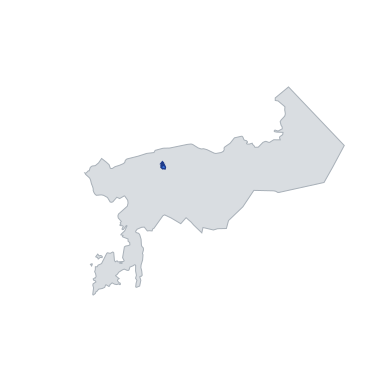 Kagan city, Bukhoro, Uzbekistan (highlighted), rotated 131°
{"feature_id": "79887680B25452666066533", "entity_name": "Kagan city", "entity_type": "district", "adm_level": 2, "iso_a3": "UZB", "parent_name": "Uzbekistan", "parent_adm1": "Bukhoro", "projection": "albers", "projection_center": [64.532, 39.692], "detail": "fine", "context": "in_parent", "style": "filled", "palette": "blue", "viewbox_px": 384, "rotation_deg": 131, "n_neighbors": 0, "source": "geoboundaries", "source_scale": "gbopen_adm2", "svg_char_len": 4335}
<svg xmlns="http://www.w3.org/2000/svg" viewBox="0 0 384 384"><g transform="rotate(131 192 192)"><path d="M292.2,172.7L297.3,169.8L300.3,171.3L300.6,172.2L297.6,174.3L294.8,175.6L294.1,178.0L291.3,179.3L288.6,182.8L284.3,186.4L284.3,187.1L284.7,187.7L286.2,188.0L289.4,189.6L292.2,188.4L292.9,188.6L293.7,189.6L294.7,192.6L296.1,193.3L300.3,194.6L303.5,194.4L305.1,194.9L305.3,194.6L305.2,190.1L306.5,190.7L307.9,190.0L308.3,187.7L307.9,186.3L308.9,185.4L309.4,185.9L309.6,187.2L311.2,188.0L312.4,190.1L313.0,192.7L315.9,193.1L316.9,192.5L317.8,192.8L318.4,196.0L318.9,196.2L321.3,195.3L323.8,196.5L326.6,198.7L329.4,198.6L330.1,199.0L332.1,198.4L334.5,198.9L334.6,199.3L334.3,199.8L328.9,203.4L327.5,205.6L326.3,206.4L322.9,205.5L322.4,206.8L323.1,208.0L322.5,209.5L320.7,209.1L320.3,208.5L318.6,209.0L316.8,211.3L316.0,213.2L314.2,213.9L311.8,215.9L310.6,214.5L308.8,214.9L306.2,213.6L305.0,213.4L294.2,216.1L293.3,215.9L292.0,213.5L289.2,212.4L289.2,211.2L294.5,205.7L295.0,204.1L293.1,203.4L293.3,202.0L289.4,198.2L288.8,198.0L288.3,198.2L287.1,201.3L277.8,207.0L276.3,206.6L274.1,204.8L272.6,204.2L271.0,205.9L271.1,207.9L269.4,209.5L271.3,214.7L271.2,215.4L270.0,215.6L271.0,217.6L270.2,217.8L265.5,217.3L260.2,218.8L260.4,219.6L265.2,219.2L265.9,219.6L266.0,220.2L265.8,220.6L263.2,221.2L263.0,222.1L264.5,224.3L263.9,224.9L262.9,224.5L262.3,226.0L260.6,226.0L260.0,230.6L258.7,232.2L256.9,233.0L245.2,231.5L242.3,233.0L240.4,235.1L239.2,240.0L239.4,240.6L244.4,242.3L245.3,245.3L251.3,245.3L252.3,245.8L252.9,246.5L253.2,247.3L251.6,252.2L252.5,256.5L253.6,258.5L257.3,262.1L257.2,264.2L256.5,266.1L255.5,267.8L254.5,268.5L253.1,270.6L251.8,273.2L249.4,276.6L248.6,278.5L248.5,283.8L247.9,285.4L247.7,284.8L246.8,284.3L244.1,284.2L243.5,283.5L240.1,284.9L237.9,284.4L235.6,282.3L231.4,281.6L226.0,282.2L225.7,276.7L225.8,272.5L227.6,269.3L227.5,268.7L226.6,267.6L223.4,266.7L219.5,264.3L216.0,262.6L214.0,262.1L211.8,263.1L209.8,262.8L200.5,256.3L192.6,251.5L187.2,246.6L184.7,247.1L177.9,242.5L173.5,237.7L159.2,226.8L156.4,224.2L155.7,222.8L154.7,216.3L153.5,213.3L151.7,211.6L150.2,208.4L148.1,200.7L147.3,199.3L143.1,195.9L140.7,195.0L138.8,195.5L137.8,196.7L136.4,196.8L130.2,195.2L123.3,195.5L117.5,191.3L117.1,190.7L117.2,189.6L118.5,187.1L118.3,186.0L117.6,184.7L117.6,183.4L118.2,182.7L119.3,183.0L119.7,182.5L119.6,181.8L118.3,180.2L115.7,178.6L116.3,177.6L116.5,175.1L117.0,173.8L116.6,173.4L114.7,171.4L108.0,171.0L106.5,170.3L105.3,169.5L104.2,166.7L103.6,166.0L99.0,164.6L94.7,159.6L93.6,161.6L92.7,162.0L89.2,161.2L87.3,162.4L91.3,167.5L92.2,169.1L92.1,170.0L90.8,170.0L89.8,167.6L89.2,166.9L85.1,165.3L83.7,166.7L83.2,168.5L81.1,171.6L79.0,172.0L74.0,171.8L72.5,172.4L71.4,173.2L69.3,175.8L66.7,177.8L66.8,186.8L68.3,189.2L66.4,190.9L49.4,188.1L57.0,107.6L81.1,102.1L98.2,98.6L135.3,126.1L136.1,127.1L136.5,129.3L137.5,131.1L150.2,146.4L169.8,143.9L189.6,145.7L197.0,142.1L202.9,148.6L206.6,150.9L211.6,160.4L216.4,157.8L215.8,169.3L215.3,172.8L215.3,179.6L223.3,179.7L225.3,190.7L227.2,197.6L229.0,198.4L244.3,196.9L245.5,197.4L247.6,196.6L249.1,198.7L250.7,200.2L249.8,205.0L251.7,206.9L256.1,209.0L258.7,208.8L259.2,207.9L259.0,206.8L258.3,205.7L258.3,204.2L258.7,203.2L261.1,199.4L265.0,195.6L265.9,194.3L266.2,192.0L267.6,190.6L271.0,189.0L271.5,187.8L275.7,184.7L280.4,182.6L282.6,181.0L284.6,178.1L287.5,175.0L288.7,174.9L289.6,175.7L290.3,175.8L292.2,172.7ZM293.1,199.9L292.4,198.5L291.6,198.0L291.2,198.3L292.6,200.0L293.1,199.9ZM304.0,222.2L300.7,222.4L301.1,220.2L299.8,219.3L299.5,218.2L299.7,217.2L300.5,216.8L301.6,218.3L304.1,218.8L303.4,220.3L304.1,221.9L304.0,222.2ZM313.7,219.2L313.2,221.2L311.7,220.4L311.9,219.9L313.7,219.2Z" fill="#d9dde1" stroke="#a8b0b8" stroke-width="1"/><path d="M190.1,230.9L190.1,231.2L189.8,231.3L189.6,231.3L190.0,231.9L189.7,232.0L189.7,232.3L189.5,232.7L188.8,232.6L188.7,233.0L188.6,234.2L191.1,234.1L190.6,233.3L190.9,233.3L190.9,233.2L191.6,233.0L191.9,232.5L192.3,232.7L192.7,232.1L193.0,232.1L193.2,231.8L192.9,231.6L193.0,231.3L193.7,231.4L193.8,229.5L193.5,229.4L193.0,229.0L193.0,228.6L192.7,228.1L192.1,227.5L191.9,227.7L190.9,228.2L190.6,228.6L190.4,229.1L190.2,229.4L190.2,229.9L190.0,230.1L190.0,230.5L190.1,230.9ZM191.5,231.3L191.3,231.4L191.1,231.3L191.1,231.1L191.3,231.1L191.5,231.3Z" fill="#3b82f6" stroke="#1e3a8a" stroke-width="1.5"/></g></svg>